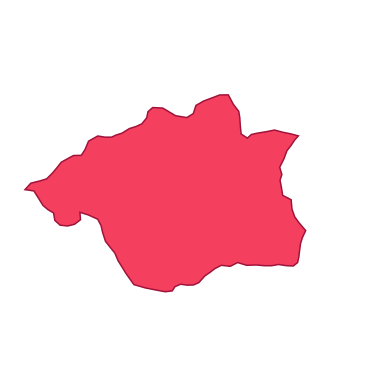 João Monlevade, Minas Gerais, Brazil (Equal Earth projection), rotated 312°
{"feature_id": "56859067B65485925185002", "entity_name": "João Monlevade", "entity_type": "district", "adm_level": 2, "iso_a3": "BRA", "parent_name": "Brazil", "parent_adm1": "Minas Gerais", "projection": "equal_earth", "projection_center": [-43.162, -19.84], "detail": "fine", "context": "isolated", "style": "filled", "palette": "rose", "viewbox_px": 384, "rotation_deg": 312, "n_neighbors": 0, "source": "geoboundaries", "source_scale": "gbopen_adm2", "svg_char_len": 1436}
<svg xmlns="http://www.w3.org/2000/svg" viewBox="0 0 384 384"><g transform="rotate(312 192 192)"><path d="M126.7,74.9L119.4,75.4L112.5,75.6L104.5,75.2L98.7,71.7L90.7,66.3L82.0,66.3L87.0,73.8L84.5,82.7L82.3,90.2L82.5,96.7L83.8,103.1L79.1,109.1L79.1,116.2L83.5,122.3L89.4,126.3L96.8,127.7L101.9,122.3L105.5,130.1L108.7,140.1L106.2,146.9L102.1,152.7L97.4,160.8L96.2,167.8L95.0,175.5L91.5,183.0L89.4,190.3L87.3,197.4L84.3,210.8L89.6,221.7L96.9,233.9L100.0,238.9L105.3,243.5L110.3,242.7L115.9,245.3L119.4,250.6L123.9,255.3L129.2,257.7L138.2,257.7L144.5,259.2L150.2,260.2L157.1,262.8L162.4,270.2L170.1,273.1L174.1,281.7L180.6,288.4L185.5,294.9L190.5,300.5L196.0,304.8L200.3,311.3L204.8,316.8L210.2,317.7L215.0,315.0L220.8,310.9L226.6,307.0L232.2,304.5L239.4,302.3L240.7,292.3L242.3,284.9L246.2,277.7L252.6,270.9L250.2,261.6L255.3,255.3L259.7,249.5L265.1,247.1L269.1,240.6L278.2,238.1L286.3,234.9L292.7,234.5L299.4,233.5L304.9,233.5L301.2,226.3L297.0,219.2L293.3,211.9L286.6,206.9L279.2,201.0L274.4,197.6L269.1,197.1L268.0,189.7L273.8,183.3L279.2,177.8L283.2,172.8L284.8,164.1L288.5,154.0L282.6,147.6L275.7,144.1L267.5,139.8L259.0,137.0L251.1,140.5L243.8,138.3L237.7,128.7L234.8,114.1L228.5,106.3L222.3,105.5L216.8,108.7L209.1,109.1L203.3,106.6L197.2,103.0L188.9,100.6L183.4,97.4L178.9,95.5L174.5,90.6L170.6,84.5L160.6,81.1L152.0,84.1L145.2,85.2L139.8,79.5L134.8,77.7L126.7,74.9Z" fill="#f43f5e" stroke="#9f1239" stroke-width="1.5"/></g></svg>